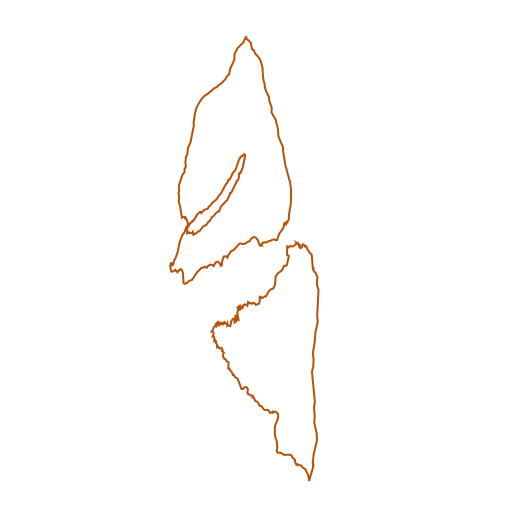 Ibestad nor, Troms, Norway, rotated 278°
{"feature_id": "86288312B28202364266720", "entity_name": "Ibestad nor", "entity_type": "district", "adm_level": 2, "iso_a3": "NOR", "parent_name": "Norway", "parent_adm1": "Troms", "projection": "natural_earth1", "projection_center": [17.142, 68.828], "detail": "fine", "context": "isolated", "style": "outline", "palette": "amber", "viewbox_px": 512, "rotation_deg": 278, "n_neighbors": 0, "source": "geoboundaries", "source_scale": "gbopen_adm2", "svg_char_len": 6084}
<svg xmlns="http://www.w3.org/2000/svg" viewBox="0 0 512 512"><g transform="rotate(278 256 256)"><path d="M362.0,175.4L361.6,175.5L359.0,175.2L353.7,173.6L346.8,173.8L344.6,172.9L338.9,173.0L335.0,174.1L332.4,173.2L329.1,173.5L325.6,171.7L316.1,170.0L313.9,169.9L309.7,171.0L307.3,170.4L304.0,171.7L298.9,171.9L295.5,173.6L283.7,177.3L284.8,178.7L284.7,180.5L282.2,180.7L284.5,180.9L283.1,181.5L282.0,182.7L277.8,184.2L278.5,184.5L278.3,185.9L281.5,187.9L281.3,188.3L282.4,188.7L282.5,189.3L289.3,192.2L291.5,193.9L291.9,194.8L290.9,195.8L294.7,198.5L296.0,201.7L298.1,202.3L300.0,204.1L301.9,204.8L307.1,209.5L310.3,210.7L313.2,212.6L323.2,216.3L324.0,217.3L327.6,218.1L327.5,218.8L329.6,219.9L334.6,221.3L338.8,223.8L348.7,225.7L352.6,227.3L353.3,229.1L355.1,229.7L354.8,230.8L353.5,231.3L341.4,230.5L336.1,229.1L336.3,228.7L335.5,228.3L335.6,227.9L334.7,227.5L332.3,228.1L328.9,227.7L327.9,226.8L315.5,222.8L315.0,221.8L314.2,222.1L313.4,221.3L311.6,221.2L310.2,220.3L308.0,220.1L300.1,214.4L294.8,213.2L294.7,212.0L292.7,210.2L290.1,208.8L288.3,206.9L284.4,205.4L283.2,204.1L279.7,202.3L278.2,199.8L272.6,196.5L272.2,195.0L271.1,194.5L268.2,191.1L271.1,190.0L269.7,189.3L269.5,187.3L270.2,186.5L269.3,185.8L269.7,185.0L269.2,184.6L273.5,183.9L276.6,185.2L277.0,184.2L274.1,182.8L269.2,181.7L265.8,179.9L259.1,178.5L248.6,177.8L242.4,176.5L241.1,175.7L236.4,175.3L235.1,174.3L235.9,173.7L236.4,174.3L237.7,174.6L236.3,174.1L236.7,173.7L236.1,173.6L236.6,172.7L234.1,172.4L228.9,174.2L228.9,175.6L231.0,177.9L229.6,179.3L230.1,180.0L229.1,180.5L232.6,182.9L232.1,184.3L229.2,186.0L219.2,188.0L218.5,189.0L219.3,191.0L222.0,193.2L223.5,196.0L231.7,199.9L237.0,204.0L237.0,205.3L238.3,206.7L237.5,208.9L239.2,209.7L240.9,211.7L241.3,213.6L240.1,215.5L243.9,216.8L245.1,218.6L244.6,220.1L241.7,222.4L243.0,222.7L241.2,223.5L246.4,223.2L251.0,224.1L251.6,226.9L250.5,227.9L252.3,228.2L257.6,230.9L258.3,232.4L260.0,233.9L265.8,237.7L266.4,239.8L265.9,241.2L266.8,243.8L268.9,245.8L269.5,247.4L272.8,249.0L274.6,251.3L274.1,253.3L271.9,255.6L266.8,258.4L267.0,259.4L267.7,259.6L267.1,260.1L267.2,260.5L268.0,259.8L268.9,260.0L269.6,260.7L268.7,260.8L269.7,260.8L270.8,262.5L270.7,264.3L272.2,265.8L272.7,267.8L274.3,269.8L275.1,272.3L274.3,273.4L274.8,274.7L281.4,275.9L287.1,279.1L292.1,279.5L292.7,280.2L291.5,280.2L292.1,280.4L291.5,280.8L291.7,281.3L293.2,281.3L293.5,281.6L292.7,281.8L297.0,283.4L301.5,282.9L312.6,283.2L325.5,281.7L333.2,279.7L350.1,272.4L363.7,268.2L367.3,267.6L377.5,261.6L385.2,259.9L393.8,256.4L400.3,251.4L405.1,250.9L412.1,247.3L414.9,246.9L420.6,243.1L425.1,241.0L428.1,240.5L429.0,239.7L434.7,237.9L443.1,236.3L450.4,233.2L453.8,230.3L455.0,228.5L457.4,226.3L459.5,225.4L459.5,224.5L460.7,223.1L466.2,221.3L468.4,218.8L469.7,216.1L471.4,215.9L470.8,215.1L465.8,213.8L459.3,208.8L453.0,206.6L447.4,207.3L437.9,204.4L432.2,204.1L429.9,202.2L426.9,201.1L421.3,197.0L419.8,195.0L418.0,194.0L416.3,191.3L409.8,185.6L407.1,182.4L403.5,180.0L398.0,177.6L393.9,176.3L387.9,175.7L379.8,175.6L376.4,176.3L362.0,175.4ZM179.9,224.4L175.5,222.9L175.8,223.3L173.4,224.9L170.1,224.3L170.4,225.5L170.0,225.9L166.7,226.4L167.4,226.8L165.8,227.6L166.1,227.8L165.9,228.4L164.7,228.1L163.1,229.6L160.7,230.1L161.4,230.5L161.3,231.0L159.4,232.6L159.5,233.6L160.3,234.4L158.7,236.0L157.2,235.5L155.9,237.6L153.6,237.1L151.7,237.5L149.6,239.1L149.6,240.0L147.7,241.6L146.9,243.6L140.8,244.2L140.6,244.7L141.2,244.9L140.9,245.5L139.1,246.2L138.1,247.8L135.0,249.7L135.4,250.5L133.3,251.8L132.0,254.9L122.2,260.2L122.4,261.7L124.0,262.3L124.8,264.3L124.5,265.2L122.7,266.6L119.5,266.4L117.9,267.7L118.0,269.0L117.2,270.2L117.1,271.7L116.0,272.0L116.8,272.5L112.3,275.6L111.9,277.5L110.2,279.2L109.0,279.6L108.0,280.9L108.2,282.1L104.9,285.5L104.7,286.8L105.3,289.3L102.5,291.9L103.5,293.3L103.3,293.8L103.9,294.0L103.3,294.6L104.5,295.8L104.5,297.3L102.7,299.8L98.8,300.5L90.1,298.5L82.8,299.3L80.2,300.0L75.0,302.5L69.0,303.8L66.4,303.6L64.8,304.3L64.2,304.9L64.7,307.5L62.9,312.0L63.7,314.7L63.9,317.7L63.3,319.0L61.3,320.4L59.6,322.9L56.6,323.8L54.8,325.2L55.7,326.0L54.9,327.3L54.8,330.1L53.3,331.3L51.6,334.6L46.4,338.1L40.6,339.9L56.4,342.1L56.7,342.0L55.6,341.7L59.3,341.5L57.8,341.2L58.6,341.0L67.3,340.7L81.9,342.0L88.7,340.8L99.0,336.9L105.9,336.4L114.3,334.5L119.7,334.6L149.3,327.5L154.6,328.1L161.7,327.4L167.6,325.8L178.4,326.1L188.5,325.5L199.6,326.3L205.4,324.9L231.2,322.6L235.5,320.5L241.0,319.7L243.0,320.0L248.1,317.1L248.2,316.3L250.2,314.7L251.6,314.9L252.8,314.4L250.5,314.5L251.2,314.1L264.3,311.2L265.9,310.3L266.3,308.9L270.5,305.5L272.5,304.6L272.9,303.7L272.3,303.1L274.1,301.5L273.9,300.7L272.9,300.5L273.7,300.4L271.2,300.3L269.9,299.0L272.2,297.3L272.8,297.4L271.9,298.3L273.0,297.8L272.9,297.3L272.1,297.1L274.0,296.2L273.5,296.0L274.2,295.6L274.9,294.0L274.2,294.5L270.8,291.6L270.4,289.8L270.7,288.2L269.1,287.2L269.8,285.6L261.7,286.5L261.1,286.9L261.1,287.8L260.8,288.3L260.6,288.5L260.4,288.6L251.5,287.8L250.4,286.9L250.3,285.2L245.5,283.8L241.9,280.1L238.4,278.3L230.3,278.9L226.4,277.7L224.9,275.2L222.8,273.5L217.6,271.6L216.8,269.6L215.1,268.1L215.1,266.9L216.1,266.5L216.2,265.4L211.0,266.0L209.0,265.3L207.6,262.8L209.2,260.7L209.1,259.5L208.2,258.9L208.1,258.2L208.6,256.8L208.3,256.1L209.4,254.6L205.9,254.4L206.6,253.8L206.0,252.0L206.5,251.6L205.5,250.3L202.1,249.9L204.8,248.8L202.2,249.1L202.1,248.3L202.6,248.3L203.1,248.0L202.0,248.2L202.4,247.9L200.8,247.8L200.3,247.1L202.7,245.6L204.5,247.0L203.5,247.6L204.6,247.1L204.5,246.7L202.4,244.9L201.4,245.8L197.5,245.5L193.9,246.3L189.4,248.0L191.2,246.1L193.0,245.3L191.9,245.2L191.8,244.6L194.7,243.8L192.0,243.9L190.9,244.3L190.2,245.4L188.2,245.3L187.2,244.1L190.5,243.4L190.6,242.0L187.9,240.6L183.0,240.3L183.1,238.8L183.8,237.8L183.1,237.3L185.3,236.9L184.8,236.7L185.1,235.9L184.8,235.0L186.3,234.0L185.4,233.0L183.0,233.2L183.9,232.7L183.7,231.8L184.8,231.0L183.8,230.4L184.7,229.6L184.8,228.4L182.5,228.8L183.2,227.7L185.3,227.6L184.5,226.7L182.5,227.2L181.0,226.6L182.2,225.8L184.0,225.7L181.3,225.6L179.9,224.4Z" fill="none" stroke="#b45309" stroke-width="2"/></g></svg>